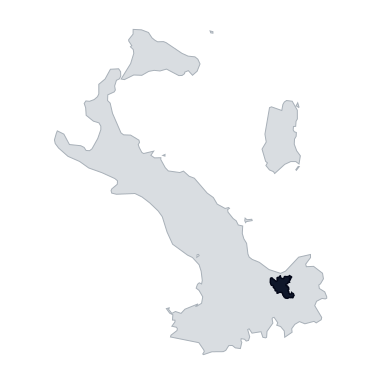 Alessandria highlighted on a map of Italy, rotated 183°
{"feature_id": "ITA-5439", "entity_name": "Alessandria", "entity_type": "Province", "adm_level": 1, "iso_a3": "ITA", "parent_name": "Italy", "parent_adm1": "", "projection": "orthographic", "projection_center": [8.655, 44.843], "detail": "fine", "context": "in_parent", "style": "filled", "palette": "ink", "viewbox_px": 384, "rotation_deg": 183, "n_neighbors": 0, "source": "natural_earth", "source_scale": "10m", "svg_char_len": 6338}
<svg xmlns="http://www.w3.org/2000/svg" viewBox="0 0 384 384"><g transform="rotate(183 192 192)"><path d="M61.1,67.8L63.4,69.2L72.4,66.3L77.9,68.2L82.4,65.2L85.3,60.7L84.7,57.2L91.8,51.8L92.6,58.1L96.5,62.3L100.4,63.4L99.5,65.9L103.4,71.1L104.9,70.6L105.4,69.7L104.4,65.3L109.8,56.7L109.9,50.8L110.9,50.2L113.6,50.6L115.8,56.1L124.7,54.2L127.8,58.4L129.2,57.5L126.8,50.4L127.8,46.7L130.1,46.0L131.8,47.7L135.2,48.1L135.3,45.9L134.4,44.5L135.5,38.2L140.6,38.6L143.6,40.8L147.2,40.6L150.0,35.6L152.4,34.2L163.7,33.5L172.0,30.2L172.8,30.8L171.4,33.2L171.9,34.8L177.3,41.9L205.9,46.1L205.5,47.9L199.8,52.8L199.4,54.6L200.4,56.1L205.1,56.9L202.2,61.4L202.3,63.1L204.8,63.1L204.7,68.4L207.9,69.8L211.5,74.2L208.2,75.3L209.5,74.0L205.8,69.7L202.3,71.8L196.6,70.2L192.9,74.6L180.1,80.6L182.2,78.1L181.3,78.1L176.6,81.4L175.8,87.9L179.8,94.1L182.8,96.2L181.7,100.1L180.0,101.7L177.6,100.7L177.1,104.2L178.7,113.3L181.1,119.7L188.1,126.6L193.1,128.7L208.6,138.8L214.8,150.7L220.4,165.8L224.8,171.3L233.6,178.9L241.6,184.4L248.9,187.5L267.4,185.8L272.1,186.7L272.9,189.2L272.2,191.0L267.0,195.8L267.0,199.3L269.8,201.4L283.0,206.6L296.4,210.6L305.8,216.6L317.7,221.1L327.5,228.9L331.1,233.2L332.1,236.8L330.6,243.3L329.7,246.0L323.0,243.1L316.9,233.0L305.5,232.4L302.1,230.9L299.9,227.9L296.4,227.9L294.1,229.9L288.9,240.5L286.3,249.5L286.5,253.0L288.6,256.2L294.2,257.6L301.7,263.0L302.6,270.6L304.3,274.8L302.7,277.4L299.1,277.2L294.5,279.2L291.3,282.3L290.2,285.1L290.7,294.7L284.7,300.3L279.9,310.3L271.7,311.2L269.6,308.4L269.2,304.0L270.4,301.2L273.3,299.6L274.8,293.8L273.9,289.8L274.9,287.9L281.2,284.6L281.1,278.9L278.4,276.5L275.5,266.4L266.0,247.3L263.3,245.5L256.3,245.6L247.7,241.0L247.0,238.8L248.2,236.6L247.1,233.8L244.2,228.9L242.3,227.9L232.4,230.8L235.0,226.5L231.2,224.1L224.9,224.6L224.9,222.8L220.0,214.9L216.8,211.8L205.2,210.8L201.6,212.4L195.7,207.6L190.4,205.9L176.8,191.7L170.4,187.6L166.2,181.2L158.1,177.3L154.6,178.4L153.7,177.6L155.5,176.3L155.0,173.8L149.5,167.6L146.4,165.6L144.1,161.5L139.6,160.7L139.6,153.2L137.8,148.0L134.8,143.6L132.9,133.0L131.5,130.0L128.3,127.8L121.1,125.3L111.1,118.6L99.3,115.4L94.5,117.8L82.1,132.5L70.4,135.8L70.2,132.7L74.7,125.9L73.9,123.4L66.7,124.1L57.4,117.7L56.2,112.2L58.9,107.0L60.5,105.8L59.8,102.3L54.2,99.2L52.0,94.5L51.9,93.0L53.3,92.2L56.6,92.5L61.9,89.4L63.5,84.9L55.9,73.5L56.3,71.2L61.1,67.8ZM183.6,129.7L183.8,127.0L181.5,128.8L182.2,130.0L183.6,129.7ZM268.7,301.1L260.0,317.0L257.4,327.4L258.1,331.2L261.1,333.8L259.8,335.0L263.1,339.5L263.2,340.8L259.1,346.6L259.3,351.3L250.9,351.3L243.8,349.0L240.1,343.9L237.3,341.8L234.3,340.2L228.3,340.7L225.7,339.8L209.4,330.0L203.1,327.5L196.1,327.1L193.1,324.9L190.7,320.3L193.2,312.9L197.6,308.6L202.0,313.0L205.5,311.3L205.6,309.8L208.1,307.8L211.3,307.6L223.9,313.4L230.3,311.2L236.2,311.5L241.5,310.2L248.2,305.9L256.3,305.8L265.4,300.7L268.7,301.1ZM120.1,226.5L124.3,238.5L120.5,245.8L122.2,253.6L119.0,280.3L117.1,281.2L106.6,278.1L105.8,284.2L104.5,286.7L102.4,288.3L96.7,287.9L91.1,279.2L90.6,270.5L91.8,268.0L91.9,263.0L94.1,262.7L94.2,259.3L93.0,257.5L90.9,256.9L90.9,253.1L92.4,250.2L92.4,245.1L89.6,238.6L85.7,233.8L86.6,225.6L89.9,227.8L94.9,227.6L100.8,224.5L110.4,214.8L111.7,216.6L115.8,218.1L119.6,222.3L118.2,225.0L120.1,226.5ZM136.9,164.2L137.8,166.1L137.6,168.7L135.6,167.2L130.9,167.9L130.4,166.6L136.1,165.3L136.9,164.2ZM92.5,283.5L91.1,286.6L89.6,282.5L89.8,282.0L92.5,283.5ZM89.5,219.7L87.3,223.1L86.2,223.0L88.9,219.1L89.5,219.7ZM182.4,353.8L179.5,353.2L179.4,351.7L181.6,351.9L182.4,353.8ZM223.1,227.0L220.9,228.1L220.9,226.4L223.1,227.0Z" fill="#d9dde1" stroke="#a8b0b8" stroke-width="1"/><path d="M91.3,90.8L93.3,91.0L93.4,91.6L93.7,91.7L94.1,91.8L94.6,92.1L94.8,92.3L95.0,92.9L95.8,93.8L96.3,95.3L96.6,95.9L97.1,96.5L97.4,96.3L97.7,96.3L98.1,96.5L99.0,96.5L99.5,96.4L100.8,95.6L101.2,95.4L101.8,95.5L101.9,95.8L101.7,96.5L101.8,96.8L101.8,97.0L101.9,97.3L102.2,97.5L102.4,97.6L102.5,97.6L103.2,97.6L103.4,97.7L103.6,97.8L103.7,98.0L103.8,98.1L103.8,98.3L103.9,98.5L103.8,99.0L104.0,99.3L104.4,99.8L105.6,100.9L105.7,101.0L105.8,101.1L105.8,101.3L105.7,101.4L105.6,101.6L105.6,101.9L105.6,102.0L105.9,102.3L106.2,102.7L106.4,102.9L106.6,102.9L107.2,102.9L107.7,103.0L107.8,103.1L108.0,103.3L108.4,104.0L108.8,105.2L108.9,105.4L109.0,105.6L109.1,106.0L109.1,107.2L109.1,109.3L109.0,109.8L108.9,110.0L108.6,110.2L108.4,110.3L108.0,110.4L107.9,110.4L107.6,110.3L107.3,110.2L107.2,110.1L107.0,109.9L106.9,109.8L106.9,109.5L106.8,109.3L106.5,109.2L105.5,108.8L105.2,108.5L104.8,108.1L104.5,107.9L104.1,107.7L103.8,107.5L103.6,107.2L103.3,107.1L102.8,107.2L102.7,107.3L102.5,107.8L102.4,107.9L102.2,108.2L101.8,108.6L101.8,108.8L102.1,109.1L102.4,109.3L102.5,109.4L102.5,109.6L102.5,110.1L102.5,110.4L102.5,110.5L102.5,110.8L102.4,110.9L102.2,111.1L101.6,111.0L101.1,111.0L100.8,111.0L100.7,111.1L100.5,111.7L100.5,111.8L100.4,111.9L100.3,112.0L99.9,112.3L99.8,112.6L99.5,112.9L99.4,112.9L99.3,112.7L99.3,112.3L99.3,112.1L99.1,111.8L99.0,111.6L98.9,111.3L98.7,111.1L98.6,110.9L98.5,110.7L98.4,110.5L98.3,110.4L98.1,110.4L96.3,110.2L96.1,110.2L95.9,110.2L95.8,110.3L95.7,110.6L95.6,110.9L95.5,111.0L95.6,111.3L95.6,111.5L95.4,112.0L95.2,112.2L94.8,112.5L92.8,112.4L92.2,112.5L91.8,112.6L91.6,112.6L91.4,112.5L91.2,112.5L90.9,112.7L90.8,112.8L90.7,112.9L90.7,113.0L90.6,113.3L90.2,113.6L89.9,113.4L89.6,113.2L89.2,113.0L88.9,112.9L88.7,112.7L88.3,112.5L88.1,112.3L88.4,111.9L88.6,111.4L88.8,111.0L89.5,111.1L90.0,110.9L90.2,110.5L90.0,110.1L89.9,110.1L89.4,110.1L89.2,109.9L89.2,109.6L89.3,109.4L89.5,109.2L90.0,108.8L90.1,108.2L90.1,107.5L89.9,107.0L90.3,106.9L91.0,107.0L91.3,106.9L91.5,106.7L91.6,106.3L91.6,105.9L91.6,105.6L92.9,105.1L93.3,104.6L93.3,103.7L93.1,103.4L92.3,103.3L91.7,103.0L91.6,102.9L91.7,102.5L91.7,102.3L91.7,102.2L91.0,102.1L90.7,101.9L90.5,101.5L90.3,100.0L90.3,99.8L90.4,99.7L90.6,99.5L90.6,99.4L90.8,99.4L90.9,98.4L90.9,98.2L90.7,97.9L90.3,97.6L90.1,97.3L90.0,97.0L90.1,96.5L90.0,96.2L89.8,95.9L89.2,95.4L89.0,95.0L87.6,95.5L87.5,95.8L87.4,96.2L87.2,96.8L86.5,96.0L86.3,96.0L85.9,96.0L85.4,95.7L85.1,95.0L85.0,94.4L84.9,94.3L84.8,94.2L84.7,94.1L84.8,93.8L85.2,93.3L85.4,92.9L85.5,92.2L85.7,91.9L85.8,92.0L85.9,91.9L86.0,92.0L86.7,91.7L86.8,91.7L87.1,92.0L88.3,91.6L89.7,91.8L90.0,91.7L90.2,91.3L90.5,91.0L91.3,90.8Z" fill="#0f172a" stroke="#020617" stroke-width="1.5"/></g></svg>